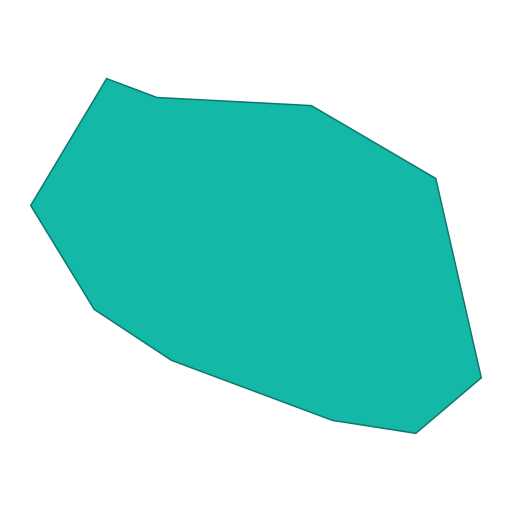 map outline of Kobilje (Natural Earth projection)
{"feature_id": "SVN-1043", "entity_name": "Kobilje", "entity_type": "Municipality", "adm_level": 1, "iso_a3": "SVN", "parent_name": "Slovenia", "parent_adm1": "", "projection": "natural_earth1", "projection_center": [16.381, 46.68], "detail": "fine", "context": "isolated", "style": "filled", "palette": "teal", "viewbox_px": 512, "rotation_deg": 0, "n_neighbors": 0, "source": "natural_earth", "source_scale": "10m", "svg_char_len": 292}
<svg xmlns="http://www.w3.org/2000/svg" viewBox="0 0 512 512"><path d="M113.5,81.2L156.9,97.5L311.3,105.6L435.8,178.5L481.3,377.8L415.7,433.4L409.6,432.4L332.4,420.4L171.5,360.4L94.2,309.4L30.7,205.5L94.6,98.7L106.6,78.6L113.5,81.2Z" fill="#14b8a6" stroke="#0f766e" stroke-width="1.5"/></svg>